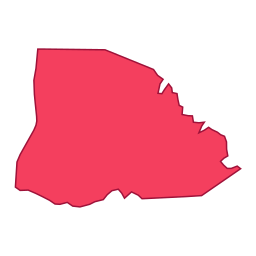 the district of Terezinha, Pernambuco, Brazil
{"feature_id": "56859067B64168631731384", "entity_name": "Terezinha", "entity_type": "district", "adm_level": 2, "iso_a3": "BRA", "parent_name": "Brazil", "parent_adm1": "Pernambuco", "projection": "robinson", "projection_center": [-36.613, -9.073], "detail": "fine", "context": "isolated", "style": "filled", "palette": "rose", "viewbox_px": 256, "rotation_deg": 0, "n_neighbors": 0, "source": "geoboundaries", "source_scale": "gbopen_adm2", "svg_char_len": 1012}
<svg xmlns="http://www.w3.org/2000/svg" viewBox="0 0 256 256"><path d="M240.6,168.7L237.2,166.1L231.3,168.4L227.2,168.4L223.7,165.2L220.5,161.4L223.9,158.2L227.8,155.9L226.6,149.3L226.5,141.9L224.5,136.3L220.6,134.7L217.4,132.2L211.9,129.6L208.6,127.3L204.2,130.3L198.9,132.8L201.8,125.9L204.3,122.2L198.9,122.8L193.4,122.2L192.4,115.9L188.1,115.7L182.1,114.5L182.7,107.1L179.2,105.4L177.9,99.5L177.0,93.6L172.3,92.6L171.7,87.9L168.6,83.9L164.6,89.4L161.9,93.7L158.0,93.3L160.0,83.9L163.1,79.3L157.6,75.4L153.5,69.5L105.0,49.8L44.1,49.1L37.8,49.1L36.0,68.4L33.9,80.3L34.4,94.3L35.2,102.6L36.6,116.3L36.8,121.0L36.0,125.2L33.8,130.3L20.2,154.5L17.0,162.0L15.4,187.1L20.1,190.4L28.2,190.1L35.8,193.4L42.2,196.5L49.6,200.3L55.0,204.0L59.9,204.3L67.3,202.4L72.7,206.1L80.0,206.9L89.7,204.3L94.9,201.7L99.3,200.6L103.3,199.6L107.2,194.7L111.9,190.7L118.3,189.2L121.7,193.1L124.5,198.2L131.5,191.9L138.3,195.2L142.0,198.7L185.5,196.6L201.6,195.6L240.6,168.7Z" fill="#f43f5e" stroke="#9f1239" stroke-width="1.5"/></svg>